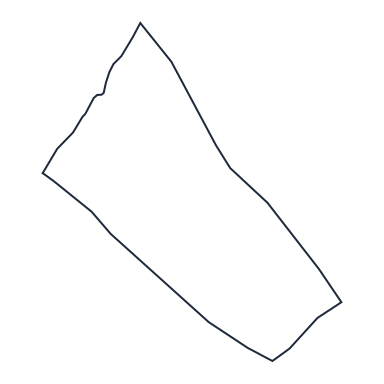 the district of Balha, Tadjourah, Djibouti
{"feature_id": "41766387B97155389424645", "entity_name": "Balha", "entity_type": "district", "adm_level": 2, "iso_a3": "DJI", "parent_name": "Djibouti", "parent_adm1": "Tadjourah", "projection": "orthographic", "projection_center": [42.238, 11.898], "detail": "fine", "context": "isolated", "style": "outline", "palette": "slate", "viewbox_px": 384, "rotation_deg": 0, "n_neighbors": 0, "source": "geoboundaries", "source_scale": "gbopen_adm2", "svg_char_len": 499}
<svg xmlns="http://www.w3.org/2000/svg" viewBox="0 0 384 384"><path d="M140.3,23.0L132.7,37.3L121.3,56.2L113.4,64.1L109.3,72.3L107.5,77.9L105.9,82.7L103.7,92.9L101.6,94.7L97.2,95.0L93.8,97.9L85.3,113.9L82.5,116.8L73.1,132.4L71.4,134.2L57.2,148.8L43.2,172.3L42.6,173.1L53.2,180.7L91.6,211.7L110.8,234.0L208.8,322.2L247.7,347.9L272.4,361.0L289.5,348.6L317.5,317.9L341.4,302.2L318.9,269.0L267.5,202.8L230.2,168.1L215.8,145.0L171.4,61.8L140.3,23.0Z" fill="none" stroke="#1e293b" stroke-width="2"/></svg>